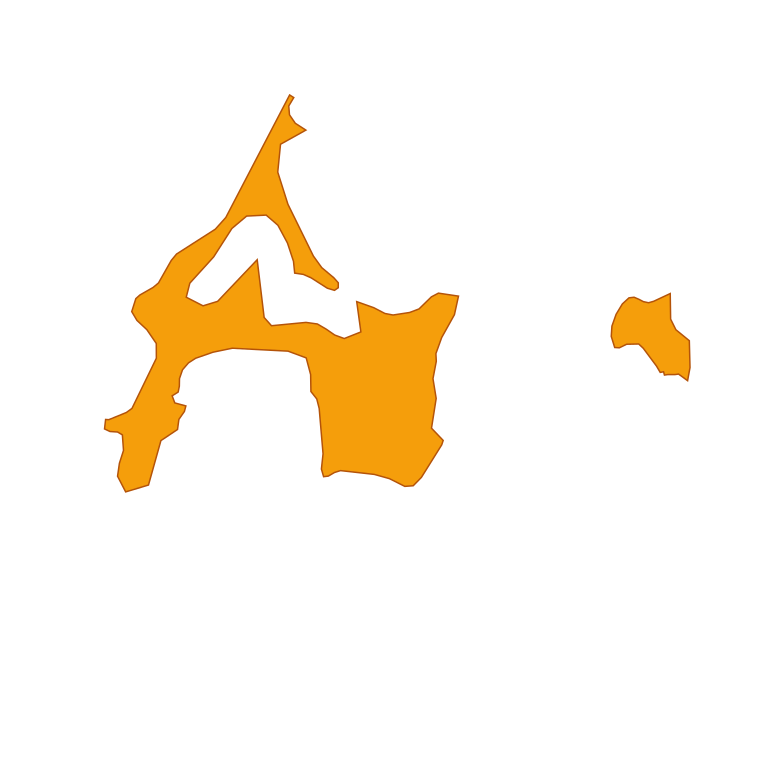 map outline of Chatham Islands Territory (Equal Earth projection), rotated 302°
{"feature_id": "NZL-5470", "entity_name": "Chatham Islands Territory", "entity_type": "Special Island Authority", "adm_level": 1, "iso_a3": "NZL", "parent_name": "New Zealand", "parent_adm1": "", "projection": "equal_earth", "projection_center": [-176.452, -44.022], "detail": "fine", "context": "isolated", "style": "filled", "palette": "amber", "viewbox_px": 768, "rotation_deg": 302, "n_neighbors": 0, "source": "natural_earth", "source_scale": "10m", "svg_char_len": 1912}
<svg xmlns="http://www.w3.org/2000/svg" viewBox="0 0 768 768"><g transform="rotate(302 384 384)"><path d="M447.5,285.2L445.6,291.6L441.4,294.2L437.2,292.4L435.2,285.2L435.4,265.9L434.2,257.5L430.7,249.5L440.1,242.2L452.4,227.4L462.4,209.9L464.8,194.6L453.6,178.5L435.3,172.6L401.5,172.2L366.6,165.9L352.8,170.3L354.4,189.1L365.9,199.1L422.2,210.6L376.9,247.1L373.8,257.7L394.9,285.2L399.6,295.7L399.9,306.0L399.4,316.2L401.5,326.2L415.9,336.8L439.4,317.2L443.3,334.9L444.3,347.4L447.3,355.1L458.2,367.8L466.2,373.9L483.0,378.0L489.9,382.0L498.0,400.6L480.1,407.0L454.0,408.3L437.3,411.9L431.0,416.3L414.5,422.7L399.4,435.9L371.7,447.7L367.5,464.1L363.0,465.2L324.6,465.2L313.2,462.7L308.2,455.9L306.6,438.7L302.2,423.7L287.5,393.0L282.7,388.9L276.4,385.6L273.4,381.9L278.7,376.0L292.5,369.3L328.9,342.0L335.7,334.9L338.9,326.0L353.1,316.8L364.9,304.2L361.0,285.2L333.9,236.3L320.3,222.1L306.0,210.6L298.3,207.0L289.3,205.6L280.2,207.7L273.7,211.6L268.1,213.7L261.7,210.6L257.1,216.6L260.4,227.6L254.9,229.3L245.3,228.8L236.0,233.0L217.8,224.8L173.5,237.8L155.6,222.1L164.6,206.9L176.6,201.6L189.6,198.3L202.2,189.1L202.1,183.5L198.5,176.8L197.8,170.8L206.4,166.7L207.9,169.5L223.3,180.6L229.8,183.2L285.2,177.3L297.7,169.4L304.4,154.1L307.0,140.8L311.7,131.7L324.9,128.3L330.1,129.8L343.5,137.0L350.2,139.2L376.0,138.1L384.3,139.2L425.9,158.9L441.4,161.6L579.1,150.8L579.1,155.7L569.3,155.9L562.2,161.2L558.1,170.6L557.9,183.2L532.5,169.2L507.4,181.6L485.5,207.3L455.1,256.3L449.7,269.5L447.5,285.2ZM593.1,565.3L597.1,568.9L612.4,578.8L590.9,592.7L584.7,602.8L582.5,620.0L560.1,634.8L547.7,639.7L548.5,628.5L546.3,625.9L542.4,619.7L540.2,617.1L542.5,614.6L540.2,612.1L543.6,605.6L551.7,584.9L552.9,578.8L546.3,568.7L539.4,564.4L537.2,560.3L544.8,551.5L553.9,546.6L566.1,543.9L578.2,543.7L586.9,546.1L590.1,550.1L590.9,555.2L591.3,560.3L593.1,565.3Z" fill="#f59e0b" stroke="#b45309" stroke-width="1.5"/></g></svg>